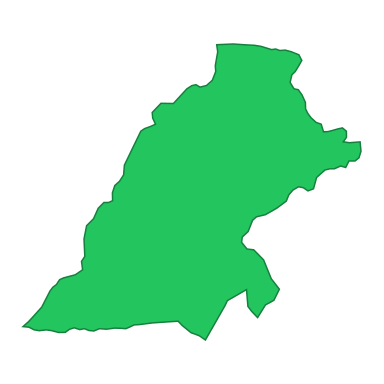 Mãe d'Água, Paraíba, Brazil
{"feature_id": "56859067B3615526568508", "entity_name": "Mãe d'Água", "entity_type": "district", "adm_level": 2, "iso_a3": "BRA", "parent_name": "Brazil", "parent_adm1": "Paraíba", "projection": "equal_earth", "projection_center": [-37.435, -7.243], "detail": "fine", "context": "isolated", "style": "filled", "palette": "green", "viewbox_px": 384, "rotation_deg": 0, "n_neighbors": 0, "source": "geoboundaries", "source_scale": "gbopen_adm2", "svg_char_len": 1845}
<svg xmlns="http://www.w3.org/2000/svg" viewBox="0 0 384 384"><path d="M23.0,326.6L29.0,327.2L34.0,329.8L39.2,330.7L46.3,329.9L51.9,330.7L58.7,332.5L65.2,332.4L69.5,329.3L74.3,327.8L79.7,329.6L84.4,328.7L88.9,330.5L93.9,331.0L99.4,328.7L106.4,329.2L114.8,328.1L120.7,328.3L125.8,328.7L129.8,327.0L134.2,324.9L139.3,324.6L152.6,322.9L178.1,321.2L182.2,325.5L186.5,329.0L191.0,332.7L199.2,335.7L205.4,340.0L225.1,305.5L227.4,300.6L246.5,289.6L247.9,306.4L251.6,311.3L257.6,317.6L265.5,304.9L273.9,300.3L279.4,289.2L271.3,278.8L267.9,270.5L263.6,259.9L253.7,249.8L247.0,249.0L241.6,242.3L242.3,237.0L248.1,231.6L250.7,225.1L252.6,220.3L256.5,216.8L265.4,214.7L276.9,208.1L286.3,201.1L288.8,194.9L292.9,190.1L298.5,186.8L303.3,187.7L308.0,190.9L313.5,188.8L316.6,177.5L325.0,170.0L329.9,168.8L334.4,168.8L340.6,166.0L345.7,167.5L349.0,161.0L355.0,161.0L359.0,157.8L361.0,151.2L360.1,141.9L349.4,142.7L343.3,141.8L346.5,137.3L346.4,131.2L342.4,127.9L337.5,129.0L332.3,130.5L328.0,131.6L323.5,131.8L321.2,124.2L316.1,122.4L311.0,117.7L307.8,113.4L305.6,109.0L305.4,102.4L302.0,94.9L298.3,89.7L294.0,88.8L290.1,82.4L291.9,74.8L295.2,71.6L298.9,65.6L301.8,60.4L298.9,54.8L291.2,51.7L285.3,50.1L279.8,50.5L275.7,49.0L271.6,49.6L261.2,46.4L254.6,45.3L246.6,44.9L233.3,44.0L216.7,44.7L217.7,51.9L216.7,57.5L215.3,65.6L215.7,71.6L212.3,80.3L206.5,85.5L200.0,87.1L196.0,84.7L191.9,85.6L186.9,88.8L181.1,95.1L173.4,103.5L161.0,103.3L152.2,112.5L152.7,118.1L155.5,124.2L150.7,126.4L144.6,128.6L140.8,131.2L124.4,165.1L123.6,174.9L119.5,181.3L114.8,185.5L112.4,192.9L112.6,200.7L108.5,202.5L103.9,202.5L98.2,208.3L93.5,218.8L86.6,225.7L85.1,233.3L84.0,239.0L84.8,256.4L81.5,261.4L82.6,269.8L75.2,274.8L63.5,277.9L59.6,279.7L56.4,284.6L52.9,287.2L50.0,291.0L41.8,307.0L35.9,313.6L28.8,321.4L23.0,326.6Z" fill="#22c55e" stroke="#15803d" stroke-width="1.5"/></svg>